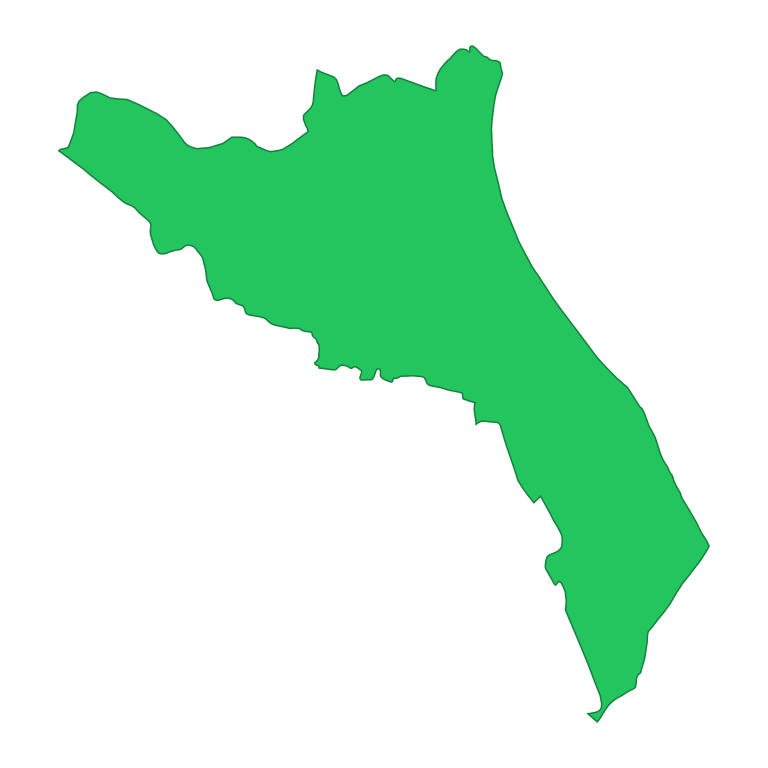 Tuy Hoa, Phú Yên, Vietnam
{"feature_id": "81297802B45106503001809", "entity_name": "Tuy Hoa", "entity_type": "district", "adm_level": 2, "iso_a3": "VNM", "parent_name": "Vietnam", "parent_adm1": "Phú Yên", "projection": "orthographic", "projection_center": [109.269, 13.094], "detail": "fine", "context": "isolated", "style": "filled", "palette": "green", "viewbox_px": 768, "rotation_deg": 0, "n_neighbors": 0, "source": "geoboundaries", "source_scale": "gbopen_adm2", "svg_char_len": 5473}
<svg xmlns="http://www.w3.org/2000/svg" viewBox="0 0 768 768"><path d="M709.1,546.0L706.4,540.5L701.4,532.7L696.2,522.1L689.6,510.7L684.2,501.9L682.2,498.6L681.1,495.8L680.2,492.8L677.2,487.8L674.1,481.6L673.2,478.7L672.7,476.7L672.0,475.3L670.0,472.6L668.7,469.7L667.8,467.5L663.3,460.4L660.2,453.4L657.8,445.4L655.2,437.7L653.9,434.8L649.1,426.3L644.4,413.4L642.0,408.6L639.8,406.8L639.6,406.5L627.3,387.2L625.6,385.9L617.2,378.6L613.9,375.3L605.5,366.7L597.3,357.8L575.2,328.3L573.4,326.0L560.5,308.8L552.8,298.1L538.7,276.4L532.3,267.1L521.9,247.6L518.5,240.8L510.1,220.3L506.9,212.5L501.9,198.7L498.5,184.0L494.3,167.2L492.5,155.4L492.5,150.4L491.9,142.3L491.7,134.1L491.4,129.5L492.0,120.8L492.6,115.5L494.0,104.2L495.7,94.9L496.8,91.3L499.5,83.2L501.0,79.1L502.5,73.4L502.1,72.2L501.0,68.5L500.4,64.4L500.1,62.8L498.3,61.5L495.8,60.6L492.1,60.5L489.6,59.5L487.2,57.3L483.2,56.0L475.5,48.0L472.7,46.1L471.2,46.1L469.9,47.3L469.9,51.7L468.6,51.7L466.2,49.7L462.8,49.1L459.6,49.3L456.2,51.8L452.4,55.8L449.7,59.1L448.1,60.1L444.3,64.1L440.2,69.3L437.6,74.3L436.0,79.5L435.9,84.2L436.1,90.5L434.9,90.5L424.0,86.8L401.5,78.6L398.1,78.0L396.2,78.9L395.5,81.0L394.6,81.6L392.6,80.0L387.7,75.3L383.7,74.9L379.3,76.4L367.1,82.7L358.9,86.0L353.9,90.0L346.7,95.5L344.8,95.8L342.6,95.8L341.1,93.5L339.6,89.5L338.1,83.8L336.4,79.7L333.6,76.9L321.6,72.3L317.2,70.0L315.5,80.2L314.3,90.3L313.2,101.7L312.5,104.9L310.9,107.7L307.4,111.4L304.2,114.5L303.5,115.8L303.5,119.3L305.6,125.3L307.7,129.2L308.1,131.7L305.9,133.2L291.5,144.0L282.9,149.3L278.5,150.5L271.2,151.6L267.2,150.9L261.5,148.3L256.6,146.3L256.6,146.1L254.8,143.6L249.9,139.8L245.3,137.9L240.7,137.2L231.9,137.2L222.8,143.5L209.5,147.6L196.8,148.7L191.0,147.0L187.3,145.1L184.3,142.2L180.3,136.6L173.7,128.1L166.4,119.9L157.4,114.0L139.0,104.7L127.1,99.5L118.7,99.0L110.1,98.0L101.8,93.8L96.9,92.1L90.7,92.6L83.2,97.5L79.0,101.3L77.4,105.3L77.3,111.8L75.6,121.4L73.8,132.6L70.9,140.6L68.6,146.5L67.4,147.7L64.6,148.6L60.3,149.4L58.9,150.8L84.1,169.6L92.0,176.3L101.8,184.0L112.4,192.1L118.1,197.6L124.4,202.5L126.9,203.9L131.2,205.6L134.7,207.7L139.8,213.3L144.5,217.2L149.5,221.7L150.8,224.0L151.0,225.4L150.6,227.5L150.3,230.9L150.5,233.8L150.9,235.6L152.2,240.0L153.7,245.1L155.3,248.3L157.3,251.7L159.2,253.4L161.5,253.9L164.4,253.8L166.4,253.2L170.5,251.6L175.6,250.2L179.4,249.7L181.5,248.9L183.4,247.3L185.5,245.6L187.2,245.2L189.4,245.2L191.7,245.9L193.8,246.7L195.8,248.7L197.9,251.7L201.1,255.4L202.7,258.0L203.8,262.7L205.2,268.0L206.2,273.9L206.7,279.7L207.4,282.0L208.9,285.6L211.9,292.5L213.9,298.7L215.3,300.0L217.5,300.4L219.0,300.1L222.6,298.9L226.2,298.1L229.8,298.5L231.7,299.2L233.6,300.6L235.6,303.0L237.5,304.0L241.7,305.4L243.4,306.5L244.6,308.7L245.5,312.2L246.8,314.0L248.6,314.7L252.2,315.5L256.6,316.1L262.8,317.4L265.7,318.9L268.8,321.7L270.9,323.4L271.4,323.7L274.2,324.9L278.1,325.8L284.6,327.2L289.9,328.4L294.1,328.1L299.6,328.5L300.1,329.0L302.7,330.7L306.1,331.5L308.4,331.7L311.4,332.2L312.0,333.2L312.3,334.9L313.2,336.6L314.0,337.4L315.8,338.8L316.3,339.5L317.2,342.1L317.8,343.5L318.8,344.6L319.1,346.1L319.3,350.2L318.7,355.1L318.7,357.8L318.2,359.1L317.3,360.5L316.1,361.7L314.8,362.7L314.8,363.5L315.3,364.3L316.3,365.2L317.6,365.5L318.7,365.7L319.0,366.9L319.1,368.1L324.8,368.7L332.2,369.8L335.2,369.8L336.5,369.1L337.3,368.2L339.2,366.3L341.1,365.3L343.0,365.2L345.8,365.7L347.9,366.4L349.3,367.4L350.8,368.4L351.6,368.4L352.7,367.6L354.3,366.7L356.0,366.9L358.1,368.2L360.1,369.8L361.5,370.6L361.6,371.7L361.4,373.3L360.0,377.2L359.9,378.3L360.6,379.6L362.1,380.1L367.5,379.7L371.3,379.8L372.3,379.2L372.9,378.6L374.2,375.9L376.2,370.4L377.0,369.3L377.8,369.0L379.1,369.0L380.2,369.8L380.5,371.7L380.4,375.1L380.7,376.5L382.4,378.4L385.8,380.1L389.9,381.7L391.6,382.1L392.1,381.8L392.6,381.1L393.1,379.2L393.7,378.3L395.1,378.3L397.8,377.9L400.1,376.5L401.0,376.2L406.1,376.1L412.3,375.8L420.3,376.4L422.5,376.7L423.9,377.3L424.9,378.7L425.9,380.7L427.0,383.2L428.0,384.4L428.1,384.6L430.4,385.6L434.2,386.5L436.6,386.8L440.3,387.5L446.3,389.4L450.5,390.5L454.0,391.1L460.2,392.4L461.7,392.9L462.6,394.1L462.7,397.2L463.0,398.7L464.2,399.3L467.5,400.3L470.4,401.5L471.3,401.5L475.4,402.8L474.6,404.2L474.2,408.7L474.5,411.5L475.0,415.6L475.5,418.5L475.9,420.9L476.1,424.3L478.0,422.8L480.8,421.4L485.2,421.2L490.4,421.9L496.5,422.2L498.7,423.1L500.2,425.0L506.1,444.8L515.0,470.9L517.9,480.4L522.6,487.9L528.1,495.5L533.9,502.7L540.6,496.2L545.9,505.7L550.5,514.1L553.6,520.5L556.8,525.5L560.0,531.4L561.8,535.5L562.2,538.4L562.1,542.9L561.8,545.9L560.8,548.4L559.0,550.3L556.1,552.1L553.0,553.5L549.9,554.7L548.5,555.5L546.9,557.4L545.9,560.7L545.3,565.1L545.4,567.7L546.0,569.4L547.4,571.7L554.7,584.7L555.5,585.0L556.5,584.2L558.2,582.0L559.4,581.6L561.1,582.7L563.0,586.1L565.3,592.0L566.2,599.6L566.2,603.0L566.0,605.7L565.4,609.5L566.1,611.6L577.0,637.3L587.8,663.4L595.0,682.4L597.9,689.8L600.2,695.6L601.6,703.2L601.6,706.1L601.3,707.5L600.8,709.1L599.3,710.6L597.7,711.7L594.7,712.6L587.9,713.8L597.3,721.9L599.2,719.6L601.2,716.4L605.1,710.0L608.5,705.3L612.1,701.7L614.4,700.0L617.0,698.1L622.1,695.4L626.6,692.4L631.6,689.7L633.9,688.6L635.5,687.0L636.2,682.9L636.3,679.9L636.8,677.2L638.1,675.0L640.5,672.8L644.6,658.6L645.4,653.9L647.2,641.7L647.5,635.2L647.8,633.0L648.4,631.4L652.4,626.8L657.7,619.7L663.7,612.5L670.4,603.3L675.1,595.1L682.4,583.6L688.6,575.9L700.6,560.3L706.8,550.6L709.1,546.0Z" fill="#22c55e" stroke="#15803d" stroke-width="1.5"/></svg>